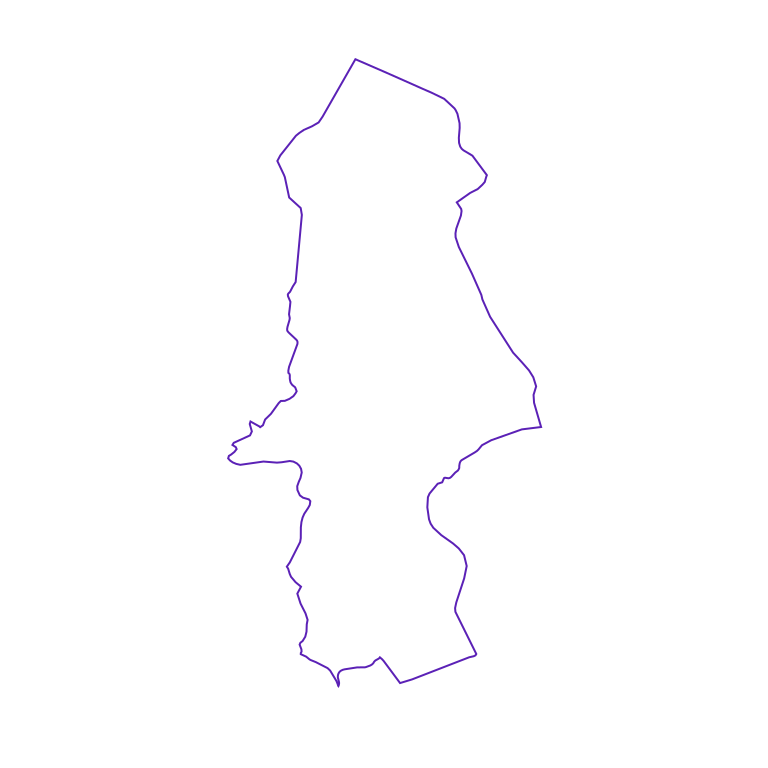 map outline of Matagalpa (Albers equal-area conic projection), rotated 107°
{"feature_id": "NIC-666", "entity_name": "Matagalpa", "entity_type": "Department", "adm_level": 1, "iso_a3": "NIC", "parent_name": "Nicaragua", "parent_adm1": "", "projection": "albers", "projection_center": [-85.323, 12.952], "detail": "fine", "context": "isolated", "style": "outline", "palette": "violet", "viewbox_px": 768, "rotation_deg": 107, "n_neighbors": 0, "source": "natural_earth", "source_scale": "10m", "svg_char_len": 3136}
<svg xmlns="http://www.w3.org/2000/svg" viewBox="0 0 768 768"><g transform="rotate(107 384 384)"><path d="M458.9,500.7L461.0,490.9L461.5,489.8L458.8,487.7L452.7,487.3L445.6,483.4L433.0,479.1L430.4,477.7L429.1,473.9L425.9,470.1L422.1,467.1L418.8,465.9L416.5,465.4L413.6,467.6L413.0,468.3L412.4,469.9L411.6,471.7L410.4,473.2L409.7,473.9L408.0,474.9L406.3,475.7L403.3,476.6L402.3,477.1L401.7,477.8L401.3,478.7L399.1,479.4L395.3,479.8L371.0,478.5L369.7,478.8L368.7,479.2L368.0,479.8L367.4,480.6L362.5,490.5L361.3,492.1L359.8,492.7L357.6,493.0L350.3,493.1L348.5,493.4L345.1,495.2L337.3,496.6L332.8,497.5L328.2,501.4L326.7,502.1L325.6,502.0L323.3,500.8L317.3,499.7L312.3,498.3L246.3,512.0L240.1,515.1L233.4,529.2L215.2,539.3L213.2,540.9L201.9,551.2L195.7,550.0L172.3,540.8L168.6,538.3L164.4,534.9L158.7,528.3L153.0,523.0L146.3,520.9L81.8,506.3L85.7,472.0L90.4,433.4L91.5,423.8L93.7,409.8L99.8,397.2L101.1,395.6L104.1,392.8L112.5,388.0L117.0,386.5L126.7,384.4L131.5,382.7L134.7,380.5L136.4,378.4L137.3,376.3L139.8,366.2L154.2,346.7L156.1,346.8L161.3,346.7L164.7,348.2L170.2,351.4L176.0,357.4L189.0,367.5L194.0,361.4L195.9,360.4L200.4,359.7L214.2,360.3L219.0,359.7L222.8,358.4L231.1,352.5L252.7,332.2L270.3,317.0L274.4,314.6L288.7,302.2L316.3,269.7L323.0,258.3L328.6,249.3L333.9,243.2L341.8,237.8L350.7,237.8L358.1,235.0L379.2,221.2L387.1,238.9L406.4,265.0L413.9,272.4L419.0,274.5L420.8,275.5L422.9,277.2L433.8,287.2L434.6,287.8L435.6,288.2L436.7,288.4L437.9,288.4L440.2,288.1L442.3,287.5L443.5,287.6L445.1,288.0L447.9,290.0L453.3,292.6L454.6,293.6L455.3,294.8L455.8,298.3L456.5,299.1L461.0,299.6L463.7,303.5L475.4,308.4L479.4,308.9L489.3,306.5L500.2,301.4L503.9,298.6L507.1,294.8L511.8,285.0L516.3,271.4L519.4,264.4L524.3,257.4L533.9,251.7L546.5,250.5L571.7,251.0L577.5,250.5L581.0,249.1L615.2,216.8L616.8,217.2L618.1,218.6L620.4,222.6L658.3,270.8L665.3,281.2L649.0,303.3L647.8,305.3L646.6,308.0L647.4,308.3L648.2,308.8L650.9,311.4L651.8,311.9L652.7,312.3L653.8,312.5L654.7,312.9L655.6,313.4L657.1,314.7L660.0,318.5L660.5,319.4L662.9,326.9L668.4,338.3L669.4,339.9L670.7,341.3L671.5,341.9L672.4,342.4L673.4,342.7L674.5,342.9L675.8,342.9L676.9,342.7L678.0,342.4L682.2,339.9L683.1,339.5L684.2,339.3L685.2,339.2L686.2,339.3L686.0,339.6L684.6,340.5L682.0,342.6L681.8,342.8L673.8,351.7L672.2,354.9L669.9,367.9L669.4,373.6L669.1,374.8L667.5,378.7L666.7,384.6L665.6,384.9L664.0,384.6L661.9,385.4L657.9,388.5L655.9,388.3L653.6,386.7L648.7,385.4L643.5,385.7L636.4,387.6L631.9,388.1L626.3,392.0L618.4,399.6L609.8,405.6L602.1,404.1L599.4,410.6L595.6,416.5L593.2,418.6L588.6,421.7L587.1,423.5L582.1,421.9L559.6,418.0L555.8,418.5L545.4,421.6L540.1,422.6L535.5,422.8L531.4,422.3L524.7,420.3L521.4,419.6L517.6,420.2L516.3,422.1L516.4,428.2L515.1,431.9L510.7,435.8L507.1,437.1L502.5,436.9L498.3,436.4L492.7,436.8L489.4,438.5L486.9,441.1L485.4,444.1L484.7,448.0L485.2,451.6L488.8,459.1L490.5,463.4L493.4,476.6L503.3,497.8L503.6,502.0L503.2,505.7L502.2,508.8L500.7,511.3L498.1,511.3L496.2,509.6L492.7,507.2L489.3,505.9L487.7,507.3L486.6,511.1L484.2,510.5L472.3,497.1L468.0,496.5L461.5,500.7L458.9,500.7Z" fill="none" stroke="#5b21b6" stroke-width="2"/></g></svg>